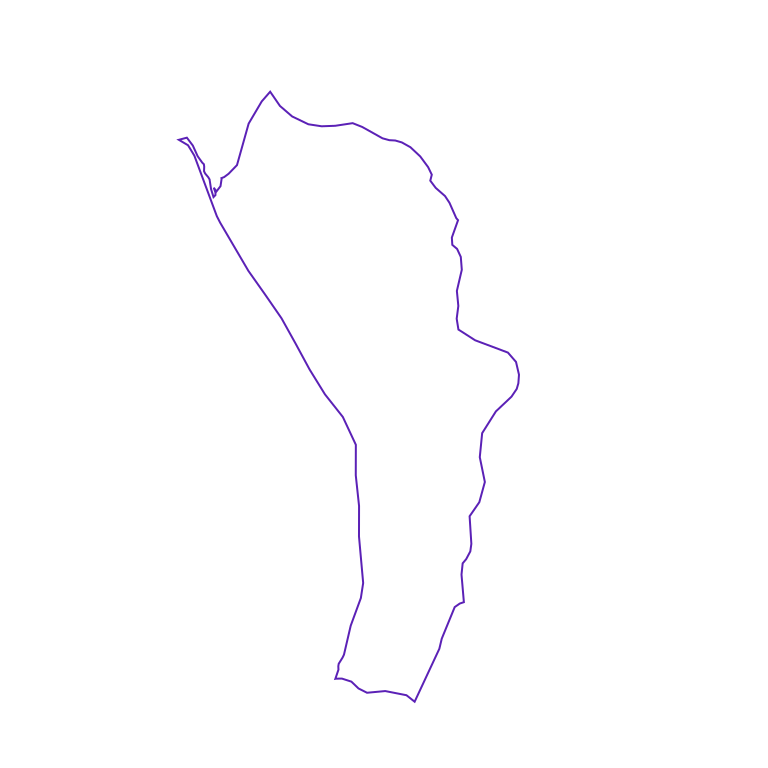 outline of Mazandaran, rotated 253°
{"feature_id": "IRN-3214", "entity_name": "Mazandaran", "entity_type": "Province", "adm_level": 1, "iso_a3": "IRN", "parent_name": "Iran", "parent_adm1": "", "projection": "equal_earth", "projection_center": [52.513, 36.378], "detail": "fine", "context": "isolated", "style": "outline", "palette": "violet", "viewbox_px": 768, "rotation_deg": 253, "n_neighbors": 0, "source": "natural_earth", "source_scale": "10m", "svg_char_len": 1518}
<svg xmlns="http://www.w3.org/2000/svg" viewBox="0 0 768 768"><g transform="rotate(253 384 384)"><path d="M116.3,251.3L124.1,256.9L127.5,257.8L129.7,258.9L134.5,264.4L136.9,266.6L162.6,281.5L186.1,299.3L199.8,305.9L245.5,315.5L274.7,324.5L304.9,330.3L334.1,339.3L364.5,335.0L391.4,324.5L419.6,317.1L448.8,311.2L476.8,305.2L504.8,296.3L531.8,287.4L586.1,274.5L593.4,273.2L657.8,269.4L669.6,266.4L677.5,259.2L677.2,267.5L667.9,270.9L656.3,272.4L648.8,274.9L646.8,276.0L644.4,275.6L640.1,274.1L637.6,274.5L633.1,276.4L630.6,277.0L621.0,275.6L612.6,275.6L613.9,278.0L616.2,278.8L621.5,278.6L618.3,279.7L617.0,279.9L621.0,285.5L627.7,288.7L628.4,288.7L628.6,291.6L630.5,296.9L636.3,307.4L672.6,330.7L690.0,349.7L696.8,360.6L680.3,365.8L666.7,374.4L654.5,387.6L648.7,399.7L645.2,412.8L642.6,430.3L636.2,438.3L619.4,454.4L615.6,460.4L613.6,465.9L609.8,471.7L602.7,478.5L591.0,485.2L578.5,489.6L570.2,490.9L564.9,487.7L556.4,490.8L545.9,497.3L538.1,499.6L521.5,501.6L519.0,502.7L504.2,491.7L497.1,490.0L491.8,493.4L483.1,494.6L470.5,491.8L451.7,480.9L436.9,477.9L425.2,472.6L414.3,471.1L399.2,483.9L377.8,511.7L366.5,516.7L353.4,515.8L345.4,512.7L340.5,509.5L334.6,502.2L325.1,483.0L308.3,463.5L286.0,454.2L260.8,451.8L243.1,440.6L232.5,427.2L205.6,420.8L198.7,417.6L192.5,411.4L189.5,406.8L179.1,402.4L152.0,396.6L151.9,392.3L150.0,386.4L123.6,364.8L114.6,359.5L71.2,320.4L79.8,314.5L90.0,295.4L93.7,277.5L100.3,270.6L108.9,265.8L114.6,257.6L116.2,252.1L116.3,251.3Z" fill="none" stroke="#5b21b6" stroke-width="2"/></g></svg>